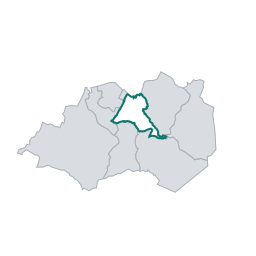 map of Cameroon with Democratic Republic of the Congo, Chad, Niger and 5 others greyed out, rotated 116°
{"feature_id": "CMR", "entity_name": "Cameroon", "entity_type": "country or territory", "adm_level": 0, "iso_a3": "CMR", "parent_name": "Africa", "parent_adm1": "", "projection": "albers", "projection_center": [12.994, 7.377], "detail": "fine", "context": "with_neighbors", "style": "outline", "palette": "teal", "viewbox_px": 256, "rotation_deg": 116, "n_neighbors": 8, "source": "natural_earth", "source_scale": "50m", "svg_char_len": 8610}
<svg xmlns="http://www.w3.org/2000/svg" viewBox="0 0 256 256"><g transform="rotate(116 128 128)"><path d="M195.0,169.1L196.6,179.3L196.2,181.8L197.3,184.6L200.4,187.2L203.3,193.1L201.3,192.7L193.2,194.4L191.9,197.4L193.1,199.5L191.9,209.8L197.0,212.3L198.3,211.4L198.9,216.4L195.0,216.5L190.9,212.1L187.0,211.6L185.7,209.2L182.7,210.8L178.6,210.2L176.8,208.1L171.2,208.0L170.9,206.5L166.8,206.2L160.2,207.4L160.4,201.8L158.6,200.0L158.2,197.1L158.9,194.2L157.8,192.4L157.7,189.4L151.6,189.6L152.0,187.8L149.4,187.9L149.1,188.7L146.0,189.0L144.0,193.0L141.2,192.3L136.2,193.5L133.1,189.4L130.4,183.0L115.5,183.0L110.2,184.1L109.5,182.6L110.8,182.1L111.8,178.8L113.6,177.8L114.9,178.3L116.6,176.4L119.4,176.4L119.7,177.8L121.6,178.7L128.7,171.7L128.5,167.7L130.6,162.9L136.1,158.0L136.7,156.4L137.6,152.9L137.9,145.7L140.3,140.0L140.9,133.6L142.8,131.0L145.4,129.4L152.6,132.8L159.9,134.1L162.0,130.7L164.3,131.1L169.7,128.5L171.6,129.5L173.2,129.4L173.9,128.1L175.7,127.7L182.6,128.1L184.2,127.5L187.3,131.5L189.5,132.0L195.8,130.2L197.0,132.3L201.5,135.4L201.4,141.2L203.4,141.8L200.1,145.0L197.3,149.9L197.2,153.9L196.1,155.8L196.2,159.5L194.8,160.9L193.7,166.9L195.0,169.1Z" fill="#d9dde1" stroke="#a8b0b8" stroke-width="1"/><path d="M165.1,57.5L165.8,76.8L161.7,76.6L158.4,83.3L159.4,84.4L157.8,85.9L158.4,88.0L156.8,91.9L158.5,91.5L159.5,93.4L159.6,96.3L161.4,97.7L161.4,98.9L158.4,99.8L155.9,101.9L152.5,107.3L148.0,109.7L141.9,109.9L142.4,111.6L137.9,115.4L131.7,117.3L129.7,116.1L128.8,117.4L124.8,117.8L125.5,116.4L123.3,111.0L121.2,110.2L118.3,107.3L119.3,105.0L125.6,105.1L123.0,100.6L122.8,94.1L120.8,90.9L121.3,88.6L118.2,88.5L118.2,85.4L116.2,83.5L118.3,77.1L124.4,72.4L124.6,66.1L126.4,56.3L127.4,54.2L125.4,52.5L125.3,51.0L123.6,49.8L122.4,42.4L127.1,39.7L165.1,57.5Z" fill="#d9dde1" stroke="#a8b0b8" stroke-width="1"/><path d="M122.4,42.4L123.6,49.8L125.3,51.0L125.4,52.5L127.4,54.2L126.4,56.3L124.6,66.1L124.4,72.4L118.3,77.1L116.2,83.5L118.2,85.4L118.2,88.5L121.3,88.6L120.8,90.9L119.5,91.2L119.3,92.8L118.4,92.9L115.2,87.5L114.0,87.3L110.3,90.1L103.9,88.3L102.5,89.0L99.7,88.9L96.9,90.9L94.4,91.0L88.6,88.4L86.3,89.6L83.8,89.5L82.1,87.6L77.3,85.7L72.1,86.2L70.8,87.2L70.1,90.0L68.6,92.0L68.2,96.4L64.6,93.5L62.9,93.4L61.2,94.9L61.4,91.5L55.9,90.2L55.8,87.8L53.1,84.6L52.6,82.3L53.0,79.9L56.1,79.8L57.9,78.1L68.7,77.2L69.2,74.2L71.9,71.0L72.1,59.8L78.8,57.7L92.7,48.5L108.9,39.5L116.4,41.5L119.0,44.1L122.4,42.4Z" fill="#d9dde1" stroke="#a8b0b8" stroke-width="1"/><path d="M63.1,123.0L63.6,111.9L64.5,108.8L68.5,104.3L68.0,102.9L69.0,101.0L68.0,98.0L68.6,92.0L70.1,90.0L70.8,87.2L72.1,86.2L77.3,85.7L82.1,87.6L83.8,89.5L86.3,89.6L88.6,88.4L94.4,91.0L96.9,90.9L99.7,88.9L102.5,89.0L103.9,88.3L110.3,90.1L114.0,87.3L115.2,87.5L118.4,92.9L119.3,92.8L121.3,94.8L120.5,97.3L116.4,101.1L112.4,111.4L109.8,113.4L107.5,120.0L104.1,121.6L101.4,119.6L99.5,119.7L96.6,122.5L95.2,122.6L91.5,130.8L86.4,132.5L84.5,132.3L82.6,133.3L78.7,133.2L76.1,130.0L74.6,126.4L71.1,123.1L63.1,123.0Z" fill="#d9dde1" stroke="#a8b0b8" stroke-width="1"/><path d="M184.2,127.5L182.6,128.1L175.7,127.7L171.6,129.5L169.7,128.5L164.3,131.1L162.0,130.7L159.9,134.1L152.6,132.8L145.4,129.4L142.8,131.0L140.9,133.6L140.5,137.0L134.0,136.0L131.1,138.6L128.5,143.2L127.8,139.6L125.5,138.0L123.2,133.7L120.9,131.1L120.8,127.6L121.2,123.7L122.3,122.8L124.8,117.8L128.8,117.4L129.7,116.1L131.7,117.3L137.9,115.4L142.4,111.6L141.9,109.9L148.0,109.7L152.5,107.3L155.9,101.9L158.4,99.8L161.4,98.9L162.0,101.0L164.9,104.0L164.5,109.6L172.8,115.0L172.8,116.6L178.3,121.2L179.6,124.1L183.3,126.0L184.2,127.5Z" fill="#d9dde1" stroke="#a8b0b8" stroke-width="1"/><path d="M140.5,137.0L140.3,140.0L137.9,145.7L137.6,152.9L136.7,156.4L136.1,158.0L130.6,162.9L128.5,167.7L128.7,171.7L121.6,178.7L119.7,177.8L119.4,176.4L116.6,176.4L114.9,178.3L111.7,176.1L108.2,179.0L104.1,173.9L107.9,171.2L106.0,168.0L107.7,166.7L111.1,166.1L111.5,164.0L114.2,166.3L118.6,166.5L120.1,164.2L120.7,161.0L120.2,157.1L117.8,154.3L120.0,148.6L118.7,147.6L115.0,148.0L113.6,145.4L114.0,143.3L120.2,143.5L128.2,145.9L128.5,143.2L131.1,138.6L134.0,136.0L140.5,137.0Z" fill="#d9dde1" stroke="#a8b0b8" stroke-width="1"/><path d="M105.1,143.3L110.5,143.7L113.4,143.0L114.0,143.3L113.6,145.4L115.0,148.0L118.7,147.6L120.0,148.6L117.8,154.3L120.2,157.1L120.7,161.0L120.1,164.2L118.6,166.5L114.2,166.3L111.5,164.0L111.1,166.1L107.7,166.7L106.0,168.0L107.9,171.2L104.1,173.9L95.7,164.9L92.7,159.8L96.3,149.4L105.1,149.2L105.1,143.3Z" fill="#d9dde1" stroke="#a8b0b8" stroke-width="1"/><path d="M97.1,143.2L105.1,143.3L105.1,149.2L96.3,149.4L95.3,148.7L97.1,143.2Z" fill="#d9dde1" stroke="#a8b0b8" stroke-width="1"/><path d="M91.8,130.9L91.9,130.5L92.2,130.1L92.6,129.5L93.0,128.7L93.3,127.4L93.5,126.6L93.7,125.9L94.0,125.2L94.3,124.7L95.2,123.9L95.9,123.2L96.2,122.9L96.4,122.7L96.9,122.5L97.3,122.2L97.6,121.6L97.9,121.0L98.1,120.9L98.3,120.8L99.2,120.3L99.7,119.9L99.8,120.1L99.9,120.3L100.0,120.4L100.4,120.5L101.0,120.5L101.3,120.4L101.5,120.2L101.7,119.7L101.8,119.6L102.6,119.9L103.1,120.5L103.6,121.0L103.9,121.2L104.0,121.4L104.2,122.3L104.4,122.6L104.6,122.7L105.0,122.6L105.4,122.4L105.8,122.2L106.2,121.9L106.4,121.6L106.5,121.4L106.6,120.6L106.7,120.4L107.1,120.1L107.7,119.6L108.1,119.3L108.0,119.2L107.8,118.9L107.6,118.6L107.8,118.2L108.0,117.9L108.8,117.0L108.8,116.7L108.9,116.3L109.5,115.2L109.9,113.8L109.9,113.6L110.3,112.9L110.7,112.0L111.6,111.9L111.9,111.7L112.3,111.3L112.6,110.9L112.7,110.6L112.8,109.9L112.9,109.2L113.0,108.5L113.3,107.9L113.7,107.6L114.5,107.3L114.6,107.2L114.7,106.8L114.8,106.0L114.8,105.5L114.8,105.3L114.9,104.9L115.6,104.2L116.0,103.2L116.2,102.1L117.0,100.8L118.0,99.4L118.4,99.1L118.7,98.9L119.2,98.9L119.5,98.8L120.5,98.1L120.9,97.9L121.2,97.7L121.3,97.5L121.3,97.2L121.2,96.5L121.4,96.0L121.5,95.2L121.5,94.6L121.5,94.4L121.3,94.1L121.0,93.7L120.5,93.5L119.8,93.4L119.4,93.3L119.4,93.0L119.3,92.8L119.3,92.6L119.2,92.2L118.8,89.9L119.6,89.9L120.7,90.1L120.9,90.4L121.1,91.1L121.5,91.6L122.1,91.9L122.6,92.7L122.7,93.8L123.1,94.5L123.6,95.6L123.7,95.9L123.7,96.5L123.7,96.9L123.9,97.4L123.6,98.3L123.5,98.8L123.5,99.5L123.7,100.8L124.0,101.8L124.3,102.6L124.7,103.3L125.3,104.0L125.9,104.6L126.5,105.0L126.0,105.2L124.9,105.3L124.3,105.1L124.0,105.1L123.7,105.2L122.5,105.3L121.4,105.3L120.3,105.1L119.7,105.2L119.2,105.5L118.8,106.1L118.4,106.6L118.5,107.1L118.8,107.4L119.4,108.0L119.9,108.6L120.1,109.0L121.1,109.9L122.1,110.7L122.3,110.8L122.5,110.9L122.7,111.0L123.2,111.4L123.9,112.2L124.6,113.3L125.1,114.5L125.6,115.7L125.8,115.9L126.1,116.0L126.1,116.6L126.0,116.9L125.7,117.3L125.3,118.1L124.6,118.6L124.4,118.9L124.3,119.2L124.2,119.6L123.8,120.3L123.6,121.0L123.3,121.1L122.7,122.1L122.4,123.0L122.3,123.3L122.2,123.5L121.3,123.9L121.0,124.0L120.9,124.2L120.7,124.4L120.6,124.7L120.8,125.0L121.0,125.3L121.4,125.3L121.5,125.4L121.6,125.5L121.6,127.3L121.4,127.6L121.3,128.1L121.3,128.4L121.4,128.5L121.5,128.7L121.7,128.9L121.8,129.5L122.0,131.4L122.1,131.8L122.3,132.0L122.9,132.4L123.6,133.0L123.8,133.3L123.9,133.9L124.2,134.4L124.1,134.5L123.8,134.6L123.6,134.6L123.8,135.0L124.1,135.6L124.7,136.2L125.3,136.9L125.7,137.4L126.4,138.0L126.8,138.5L127.3,139.0L127.7,139.1L128.0,139.2L128.1,139.3L128.2,139.5L128.5,139.7L128.8,140.1L128.8,140.4L128.7,140.7L128.9,141.2L128.9,141.3L128.9,141.6L129.0,142.2L129.1,142.8L129.4,143.2L129.4,143.3L129.3,143.5L129.0,143.7L128.9,144.0L128.8,144.5L128.9,145.0L129.1,145.6L129.1,145.9L129.1,146.0L128.9,146.1L128.4,145.7L127.9,145.5L127.2,145.0L126.5,144.8L125.6,144.8L125.2,144.9L124.9,144.7L124.5,144.5L124.3,144.4L124.0,144.6L123.8,144.6L123.6,144.5L123.0,144.5L123.0,144.2L122.9,144.2L122.3,144.2L122.2,144.0L121.9,143.9L121.4,143.6L121.0,143.8L120.0,143.8L118.7,143.8L117.5,143.8L116.3,143.8L115.1,143.8L115.0,143.5L114.7,143.3L114.3,143.3L113.0,143.4L112.0,143.3L111.7,143.3L111.3,143.2L110.5,143.2L109.4,143.2L109.2,143.2L108.4,143.2L106.5,143.1L105.5,143.1L105.5,143.3L105.4,143.4L105.4,143.8L104.2,143.8L102.7,143.8L101.3,143.8L100.3,143.7L98.7,143.7L98.2,143.5L98.0,143.4L98.0,143.2L97.9,143.1L97.9,141.9L98.2,140.9L98.3,140.0L98.6,139.2L98.4,138.4L98.2,138.1L97.2,137.0L97.7,136.5L97.1,136.6L97.0,136.2L96.7,135.7L96.9,135.6L97.0,135.3L97.6,135.4L97.1,134.9L97.1,134.6L97.3,134.4L97.2,134.3L96.9,134.5L96.7,134.5L96.5,134.4L96.3,134.4L96.4,134.7L96.2,135.0L95.7,135.0L95.4,134.8L95.2,134.7L94.5,134.5L93.9,134.2L93.8,133.5L93.6,133.2L93.5,132.9L93.5,132.5L93.6,131.9L93.4,131.8L93.0,131.8L92.8,131.8L92.5,131.5L92.3,131.3L92.4,131.9L92.3,132.1L91.9,132.0L91.7,131.8L91.7,131.6L91.9,130.9L91.8,130.9Z" fill="none" stroke="#0f766e" stroke-width="2"/></g></svg>